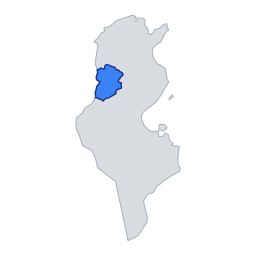 Kassérine on a map of Tunisia (Natural Earth projection)
{"feature_id": "TUN-110", "entity_name": "Kassérine", "entity_type": "Governorate", "adm_level": 1, "iso_a3": "TUN", "parent_name": "Tunisia", "parent_adm1": "", "projection": "natural_earth1", "projection_center": [8.892, 35.211], "detail": "fine", "context": "in_parent", "style": "filled", "palette": "blue", "viewbox_px": 256, "rotation_deg": 0, "n_neighbors": 0, "source": "natural_earth", "source_scale": "10m", "svg_char_len": 3989}
<svg xmlns="http://www.w3.org/2000/svg" viewBox="0 0 256 256"><path d="M179.2,147.0L179.1,147.8L178.3,153.8L178.1,156.0L178.0,159.7L178.0,164.1L180.1,167.8L180.1,169.5L179.4,171.4L175.6,173.5L170.7,176.3L166.5,179.0L161.9,181.9L160.5,183.8L158.2,185.3L156.3,186.7L155.9,188.1L154.6,190.7L152.8,192.8L148.4,193.8L147.6,194.5L145.6,197.6L144.7,198.9L143.5,201.5L145.0,208.2L146.9,215.2L147.3,218.1L147.2,220.5L146.2,223.1L143.9,226.8L142.2,229.5L138.9,234.4L137.9,235.6L135.6,237.1L131.2,239.0L128.1,240.6L126.5,233.2L125.1,226.8L124.0,221.5L122.1,212.2L120.4,204.3L118.7,196.5L117.2,189.3L115.7,182.2L115.1,181.1L110.5,177.7L106.4,174.6L102.0,171.1L97.3,167.2L96.6,162.4L94.2,155.1L91.7,151.0L90.7,149.9L85.6,147.3L82.6,145.4L81.8,144.2L81.3,141.3L79.2,135.4L76.8,130.0L76.0,126.4L75.9,121.8L76.3,118.5L77.4,117.1L82.4,113.0L84.7,108.1L87.6,106.2L90.0,104.8L92.0,103.2L93.8,100.6L95.2,97.8L95.4,94.8L96.0,90.0L96.9,86.7L99.0,82.9L98.2,79.9L97.0,76.6L97.4,71.0L97.1,68.7L96.2,66.6L95.3,64.0L95.3,61.8L96.2,56.1L96.8,51.8L97.9,46.1L97.5,44.5L96.8,43.3L94.4,42.1L94.3,41.3L94.9,40.5L98.5,37.7L100.4,33.7L102.0,32.8L104.4,31.4L104.3,29.8L103.8,28.1L110.0,26.2L116.0,21.2L118.1,20.0L132.0,15.4L133.8,15.7L135.8,16.4L135.2,18.1L134.4,19.4L135.6,21.8L137.3,20.4L136.9,19.4L136.8,18.1L139.6,18.0L142.2,18.2L144.9,19.6L144.8,25.0L148.5,30.4L147.4,33.0L150.5,34.6L153.2,32.7L154.5,29.9L159.5,28.3L164.1,24.2L166.7,23.8L167.4,27.2L168.6,30.1L166.9,31.1L164.6,34.2L160.4,42.1L156.4,44.5L153.4,47.5L152.5,49.7L152.2,52.2L153.0,56.7L155.2,61.3L157.7,64.1L160.1,64.9L165.8,69.3L165.7,71.9L166.5,75.0L166.8,78.8L168.8,81.8L164.7,88.3L162.4,93.1L157.9,99.6L154.0,103.8L145.4,110.1L143.3,112.2L141.9,114.4L141.3,116.6L141.5,119.3L144.4,125.8L148.2,129.7L152.0,131.8L158.7,130.9L158.5,133.4L158.9,136.5L161.7,136.3L163.5,135.8L165.0,132.9L168.3,134.9L170.0,141.1L172.8,143.0L173.1,143.7L172.1,144.1L171.4,144.9L172.2,145.4L174.9,146.1L176.5,145.6L179.2,147.0ZM165.0,129.9L164.3,130.0L163.0,130.9L162.4,131.0L160.5,130.0L159.8,130.0L158.9,129.3L159.2,125.6L159.5,124.6L164.0,124.5L166.5,126.7L166.9,127.2L167.0,127.9L165.9,129.1L165.0,129.9ZM173.0,97.2L169.0,99.5L169.8,97.5L172.4,95.1L173.1,95.7L173.0,97.2Z" fill="#d9dde1" stroke="#a8b0b8" stroke-width="1"/><path d="M95.5,97.6L95.7,97.3L95.8,96.9L95.3,93.7L95.3,92.5L95.5,91.3L96.2,89.6L96.6,87.2L97.0,86.1L98.2,84.8L99.7,82.4L100.0,81.7L99.1,81.0L98.0,80.7L97.1,80.2L96.5,79.1L96.3,77.8L96.4,76.6L96.6,75.5L97.6,73.3L97.6,72.4L97.3,69.7L97.8,69.6L98.6,69.6L98.9,69.4L99.3,69.0L100.2,68.3L100.5,68.2L100.8,68.1L101.0,68.1L102.3,68.7L102.6,68.8L103.8,68.9L104.4,68.8L104.6,68.5L104.6,68.3L104.7,67.9L104.8,66.6L104.9,66.3L105.0,66.1L105.1,65.8L105.1,65.7L105.3,65.5L105.5,65.3L106.1,64.8L106.4,64.6L106.6,64.5L106.9,64.6L108.9,65.2L113.3,67.0L114.6,67.1L116.2,69.4L116.7,70.0L116.8,70.0L117.0,70.0L117.5,69.8L117.8,69.8L118.8,70.3L119.0,70.4L119.2,70.6L119.5,71.3L119.7,71.6L119.8,71.7L120.0,71.8L120.6,71.9L121.2,72.2L122.1,72.8L122.3,72.9L122.5,73.2L122.6,73.4L122.8,73.7L122.9,74.0L122.8,74.7L122.7,75.2L122.6,75.4L122.5,75.6L122.2,75.9L121.9,76.2L121.0,76.8L120.7,76.9L120.5,77.2L120.4,77.3L120.3,77.6L120.0,78.4L119.9,78.6L119.4,79.1L119.2,79.3L118.9,79.6L118.5,80.6L118.4,81.1L118.3,81.4L118.3,81.5L118.4,81.8L118.5,81.9L118.7,82.0L118.8,82.1L120.7,82.7L121.0,82.8L121.2,83.0L121.3,83.1L121.3,83.3L121.3,83.7L121.1,85.1L121.1,85.5L121.1,86.0L121.2,86.3L121.3,86.7L121.5,87.2L121.5,87.3L121.5,87.5L121.4,87.9L121.2,88.1L120.5,88.4L119.2,88.9L118.2,89.4L117.9,89.4L117.4,89.3L117.1,89.5L116.9,89.8L116.7,90.2L116.7,90.3L116.5,90.8L116.3,91.0L115.5,92.0L115.3,92.2L115.2,92.4L115.3,92.5L115.4,92.8L115.5,92.9L115.6,93.0L116.0,93.2L116.0,93.3L115.9,93.6L109.6,97.3L108.8,97.7L108.3,97.9L107.2,98.0L106.9,98.1L104.3,99.5L104.1,99.6L103.8,99.8L103.8,100.0L103.7,100.1L103.6,100.6L103.5,100.9L103.3,100.9L102.9,100.7L101.1,99.7L100.8,99.4L98.0,98.5L97.5,98.2L97.2,97.9L96.8,97.7L95.8,97.6L95.5,97.6Z" fill="#3b82f6" stroke="#1e3a8a" stroke-width="1.5"/></svg>